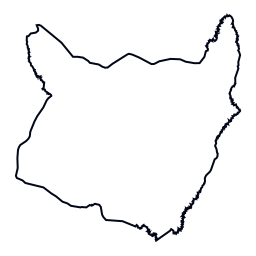 the district of Pla Pak, Nakhon Phanom, Thailand
{"feature_id": "78962969B9845696572141", "entity_name": "Pla Pak", "entity_type": "district", "adm_level": 2, "iso_a3": "THA", "parent_name": "Thailand", "parent_adm1": "Nakhon Phanom", "projection": "robinson", "projection_center": [104.578, 17.203], "detail": "fine", "context": "isolated", "style": "outline", "palette": "ink", "viewbox_px": 256, "rotation_deg": 0, "n_neighbors": 0, "source": "geoboundaries", "source_scale": "gbopen_adm2", "svg_char_len": 5784}
<svg xmlns="http://www.w3.org/2000/svg" viewBox="0 0 256 256"><path d="M28.8,61.0L30.8,63.3L31.0,65.5L32.2,66.2L33.8,69.1L33.9,70.0L34.6,70.0L34.2,70.9L35.0,71.5L35.1,72.5L35.7,72.6L35.5,73.8L36.1,73.9L35.9,74.4L36.7,76.5L37.5,76.0L37.9,77.0L38.1,76.1L39.8,76.8L40.4,76.5L40.2,77.7L40.7,77.7L40.3,78.2L40.9,80.0L41.5,79.8L42.5,81.4L43.3,81.7L43.2,82.4L44.2,82.6L43.6,87.9L42.9,88.5L43.4,88.6L43.1,89.4L44.8,89.6L45.3,91.1L47.2,92.3L47.3,93.6L48.4,93.2L48.7,94.0L49.6,93.8L51.2,95.1L51.3,95.9L48.2,98.4L46.6,100.5L43.3,107.5L37.3,116.1L34.5,121.4L30.3,131.7L29.8,136.3L28.5,138.6L26.2,141.0L20.4,144.9L18.9,147.2L18.0,150.1L17.4,158.0L17.7,168.1L15.9,175.9L16.9,178.0L22.5,180.4L25.4,183.0L43.4,187.4L51.3,193.4L56.1,196.4L62.5,201.7L67.4,203.4L70.9,205.8L80.5,207.4L81.4,207.0L86.3,207.4L89.8,205.0L91.5,205.6L92.0,204.9L92.6,205.3L94.8,203.8L99.2,204.8L100.8,206.9L102.1,214.6L103.4,217.1L106.0,220.0L122.5,221.2L135.6,226.5L136.6,225.0L137.7,225.9L138.0,227.6L140.0,228.0L140.2,228.7L141.4,228.2L141.1,227.5L143.1,226.2L142.6,225.7L143.5,225.1L143.6,225.7L144.5,225.6L145.0,226.3L147.1,227.2L147.0,227.8L147.9,228.9L147.8,230.0L149.1,229.8L149.0,230.8L148.3,231.0L148.5,231.6L147.8,231.7L148.4,232.1L148.7,233.3L149.6,232.6L149.2,233.7L149.8,234.4L151.4,235.2L152.5,235.1L152.2,235.9L152.5,236.1L153.5,235.5L153.0,234.5L154.4,234.9L154.0,233.4L155.9,233.7L156.4,234.4L155.3,235.6L156.1,236.8L155.7,237.6L156.9,238.3L155.7,239.4L156.1,240.6L170.0,230.8L171.2,229.1L173.4,230.7L173.5,233.4L174.8,233.5L175.4,232.4L176.0,232.6L175.8,233.0L176.2,233.7L177.4,232.0L177.8,232.3L178.1,230.4L178.5,230.9L178.8,230.1L180.2,230.4L179.3,228.8L180.8,229.6L181.0,229.0L181.2,229.4L181.9,228.8L181.8,227.8L182.4,227.3L181.7,226.8L182.3,226.5L181.8,226.1L182.4,225.2L181.9,224.6L182.8,224.3L182.3,223.4L182.8,223.0L182.1,222.4L182.7,222.1L182.0,221.5L182.9,221.1L182.4,220.7L182.9,220.6L183.0,219.6L182.4,218.5L184.4,217.4L183.6,216.4L183.0,216.4L183.2,215.6L182.3,215.8L182.9,215.1L182.8,213.8L183.5,214.1L183.5,213.4L184.2,213.6L184.3,213.1L185.1,213.0L185.1,212.2L184.3,212.2L184.2,211.7L186.1,211.0L185.3,209.7L185.7,208.8L186.6,209.1L186.3,208.2L187.6,208.9L188.0,207.6L188.8,207.5L188.7,208.4L189.4,208.2L189.4,206.9L190.9,207.8L191.2,207.0L190.5,206.5L191.4,205.2L190.9,204.3L192.4,204.8L192.1,204.5L193.2,203.2L193.4,201.7L192.6,201.5L193.9,199.5L193.8,199.0L194.8,199.4L196.0,198.5L196.4,198.8L196.5,197.7L196.8,198.3L197.9,197.5L197.5,196.5L197.8,196.2L197.2,195.7L197.9,195.4L197.8,194.3L198.4,193.9L197.8,192.6L198.9,192.5L199.4,191.4L200.0,191.7L199.9,190.9L200.5,190.9L201.0,188.3L202.2,187.2L202.5,185.6L203.7,184.7L204.1,183.3L204.5,183.3L205.0,180.9L204.8,178.4L205.3,177.0L206.2,175.3L209.9,171.7L211.0,169.8L214.7,159.3L216.4,158.2L217.4,156.6L217.7,153.4L217.1,152.8L216.5,149.1L215.1,145.8L216.2,143.2L215.6,141.0L216.3,140.6L216.1,139.6L217.3,138.5L216.8,137.7L217.4,136.7L218.0,137.6L218.7,135.8L219.3,136.0L220.4,132.8L221.4,132.5L221.0,131.7L222.0,131.4L221.8,130.2L222.8,129.8L222.9,128.0L224.0,127.7L223.8,127.0L224.4,127.0L224.7,126.4L224.8,127.2L225.2,126.3L225.5,126.9L226.0,126.7L226.0,126.1L225.4,125.6L225.6,124.2L226.8,124.2L227.0,123.7L228.0,124.2L227.7,123.3L229.4,121.6L229.1,120.5L230.1,121.3L230.5,120.5L230.8,121.0L230.4,121.3L231.1,121.0L231.3,119.2L232.1,119.4L231.3,118.8L231.4,118.2L232.7,118.1L232.6,117.2L233.2,116.6L232.8,116.1L233.9,116.0L234.2,114.6L235.3,114.5L235.9,115.1L237.1,113.9L237.3,114.8L237.7,112.7L238.5,112.8L240.1,111.0L239.8,109.7L238.8,109.7L238.2,108.0L236.9,107.6L237.2,106.8L236.6,106.5L235.9,104.4L233.9,105.3L233.5,104.3L232.7,104.1L233.2,103.2L232.6,103.3L232.9,102.8L232.2,102.2L232.6,100.8L231.9,101.0L232.1,100.6L231.6,100.4L232.0,99.5L231.3,99.6L231.2,98.5L230.6,98.4L231.0,97.7L230.7,96.9L230.3,97.0L230.5,95.7L229.5,93.8L230.0,93.3L229.8,92.5L231.1,90.0L230.8,89.6L231.4,88.1L232.7,86.3L234.1,86.4L234.1,85.3L234.8,84.9L235.4,83.5L235.0,83.2L235.3,82.8L235.2,77.8L238.4,68.4L237.7,66.3L238.5,65.3L238.3,62.1L240.1,55.1L239.1,51.9L238.2,50.5L239.0,48.8L238.5,47.0L238.8,46.1L237.5,45.3L237.4,43.9L237.8,43.8L236.2,42.1L236.7,41.7L236.4,41.3L237.3,40.6L237.0,40.2L237.6,39.8L237.1,39.2L237.7,38.9L237.6,38.3L237.0,38.0L238.0,36.4L237.3,36.2L237.6,35.2L236.4,34.3L236.9,32.9L236.2,32.3L236.2,31.0L235.3,30.7L234.4,27.9L232.7,27.3L233.0,26.5L233.6,26.8L233.1,24.7L232.5,24.0L232.9,23.5L232.8,22.8L232.4,23.0L233.1,21.5L232.8,19.4L231.4,16.8L229.5,15.4L228.7,16.1L228.3,15.8L227.6,16.2L227.1,15.4L226.8,16.3L225.4,16.3L225.1,17.4L224.6,16.7L222.6,18.6L222.9,19.4L221.8,19.3L221.4,20.1L220.4,20.4L220.4,20.8L221.4,20.8L220.8,21.4L221.2,22.5L222.1,21.9L222.7,22.3L221.8,23.3L220.9,22.9L220.1,23.3L219.8,24.6L219.1,25.0L219.7,25.9L218.5,25.9L218.3,26.7L217.7,26.8L218.2,28.0L217.4,28.8L218.5,29.0L218.5,29.6L218.9,29.7L218.2,30.8L217.1,30.4L218.1,31.5L217.1,31.5L216.7,32.7L215.9,32.2L216.0,33.3L216.9,33.6L216.5,33.7L216.7,34.6L216.0,34.5L215.5,35.0L216.7,35.3L216.8,35.9L215.3,36.5L216.9,37.8L216.3,39.7L214.9,41.0L213.5,39.7L213.0,39.9L212.9,39.1L212.0,40.2L212.2,41.0L210.1,39.9L209.9,40.7L209.3,40.4L208.8,40.8L209.3,41.6L208.6,42.9L207.3,43.4L207.5,44.5L206.9,45.0L207.3,45.8L206.2,46.1L207.9,48.8L207.8,50.4L205.9,51.1L204.4,56.9L199.6,63.1L194.5,63.2L185.7,61.7L180.2,59.3L170.6,58.9L159.3,61.3L154.3,63.9L151.5,64.1L139.1,57.5L132.3,54.6L129.0,53.8L127.4,54.4L112.5,63.8L107.7,67.5L105.1,67.7L102.3,66.7L98.8,64.5L89.8,62.8L88.3,61.0L83.0,57.6L77.6,56.8L73.0,56.8L61.4,42.6L40.9,25.7L38.8,24.9L36.7,25.2L38.1,28.6L38.1,30.7L35.8,32.6L30.7,33.5L28.5,36.1L26.9,36.4L26.7,40.7L27.2,41.6L26.7,44.0L27.8,46.1L27.7,47.7L28.7,48.7L28.3,49.2L28.9,49.8L28.6,50.6L29.3,52.3L28.6,52.5L28.5,53.2L29.3,55.3L28.9,56.6L29.4,56.8L28.8,57.1L28.9,58.2L28.5,58.4L29.3,60.0L28.8,61.0Z" fill="none" stroke="#020617" stroke-width="2"/></svg>